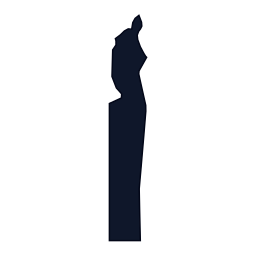 the border of Namayingo
{"feature_id": "UGA-5614", "entity_name": "Namayingo", "entity_type": "District", "adm_level": 1, "iso_a3": "UGA", "parent_name": "Uganda", "parent_adm1": "", "projection": "equal_earth", "projection_center": [33.828, -0.264], "detail": "fine", "context": "isolated", "style": "filled", "palette": "ink", "viewbox_px": 256, "rotation_deg": 0, "n_neighbors": 0, "source": "natural_earth", "source_scale": "10m", "svg_char_len": 606}
<svg xmlns="http://www.w3.org/2000/svg" viewBox="0 0 256 256"><path d="M140.3,240.6L131.0,240.6L110.2,240.6L109.4,240.6L109.4,103.5L121.4,98.0L121.7,93.9L116.4,87.9L112.0,76.5L112.7,49.9L116.0,45.0L116.0,41.9L116.0,40.9L115.4,38.6L120.4,34.9L124.4,31.0L128.2,28.9L131.7,29.2L132.8,22.6L135.1,18.4L138.9,15.4L141.5,22.2L141.8,26.1L140.5,28.8L138.6,31.3L137.2,35.2L137.7,39.7L140.3,46.8L143.8,53.4L145.6,56.3L146.6,57.3L145.6,59.1L139.0,70.9L138.7,73.9L142.2,89.7L145.7,105.3L145.8,111.2L143.8,135.4L141.1,166.9L139.2,188.8L139.6,209.6L140.3,240.6Z" fill="#0f172a" stroke="#020617" stroke-width="1.5"/></svg>